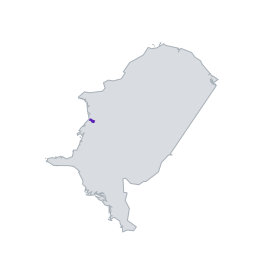 Newton, Texas, United States of America (highlighted), rotated 116°
{"feature_id": "52423323B15615503962810", "entity_name": "Newton", "entity_type": "district", "adm_level": 2, "iso_a3": "USA", "parent_name": "United States of America", "parent_adm1": "Texas", "projection": "orthographic", "projection_center": [-93.622, 30.715], "detail": "fine", "context": "in_parent", "style": "filled", "palette": "violet", "viewbox_px": 256, "rotation_deg": 116, "n_neighbors": 0, "source": "geoboundaries", "source_scale": "gbopen_adm2", "svg_char_len": 4155}
<svg xmlns="http://www.w3.org/2000/svg" viewBox="0 0 256 256"><g transform="rotate(116 128 128)"><path d="M199.7,91.5L211.3,88.0L213.2,77.2L217.9,77.9L219.9,83.8L223.7,87.2L219.7,89.7L219.8,90.8L218.7,89.6L218.3,92.3L215.2,94.7L214.4,101.2L217.1,103.4L218.4,102.8L217.8,101.7L218.3,102.1L218.8,103.4L215.1,105.1L214.0,103.9L214.0,105.8L209.5,107.2L206.5,110.3L206.6,108.8L206.1,108.0L205.8,111.5L206.9,111.9L207.2,114.7L205.5,118.8L202.5,117.0L203.6,114.4L202.2,116.3L203.3,118.7L204.7,120.0L205.2,121.6L203.2,128.0L203.4,124.1L200.4,121.0L201.3,117.1L199.1,118.6L200.9,123.9L198.3,122.6L197.5,122.9L197.9,121.1L197.8,120.6L197.2,122.0L197.4,123.2L201.4,124.7L200.7,125.8L198.8,124.2L198.1,123.9L200.5,125.9L201.5,126.2L201.2,127.7L199.9,126.8L202.0,128.6L201.6,129.0L200.6,128.0L198.3,127.9L201.4,129.5L203.1,129.1L205.8,133.9L203.6,130.3L204.5,132.7L201.1,132.7L203.9,134.8L204.9,133.9L203.8,136.4L200.5,136.1L202.6,137.0L201.1,138.4L203.3,139.0L199.7,140.0L198.4,144.0L195.1,145.5L189.3,153.1L188.3,152.4L186.5,158.9L186.4,160.4L188.0,165.1L194.3,178.5L193.3,186.1L190.7,186.8L187.8,183.1L187.1,179.9L183.1,176.4L184.2,174.6L182.4,174.9L182.8,169.9L178.1,165.4L171.6,167.1L170.3,164.3L163.8,164.5L164.6,163.4L163.5,164.5L160.6,165.2L160.4,163.0L160.0,164.6L151.1,165.4L154.9,166.3L153.7,168.4L156.7,170.2L155.2,171.3L151.9,168.8L151.7,170.9L147.3,170.1L144.8,167.6L143.3,168.9L136.8,167.0L133.0,169.7L134.0,169.0L132.0,168.2L130.9,171.7L126.9,173.9L127.8,173.2L125.2,172.8L126.1,174.0L123.0,175.4L121.7,179.2L120.3,178.5L121.5,179.6L121.6,183.2L122.8,185.3L121.8,186.1L114.6,183.0L113.1,177.8L106.0,167.0L102.1,166.1L98.1,169.9L93.7,166.8L92.1,161.8L86.7,155.6L79.8,154.7L79.5,156.8L68.5,155.2L55.8,146.3L46.8,145.2L46.3,141.5L43.4,137.3L36.6,132.8L37.2,130.4L34.2,117.7L34.7,116.6L35.5,118.4L35.4,115.8L38.1,116.3L33.2,115.3L32.3,103.9L35.0,98.8L35.8,92.4L38.4,88.9L43.1,78.1L45.2,79.0L43.0,77.8L44.8,75.0L44.0,74.8L45.0,68.3L49.8,70.9L47.5,73.8L50.1,72.0L48.9,74.6L47.4,74.9L48.3,75.3L49.7,74.5L51.1,71.8L51.2,67.2L132.9,78.7L133.0,77.0L134.6,79.8L144.3,82.8L154.1,81.4L168.3,88.4L169.1,90.5L174.2,93.4L176.7,101.3L174.1,108.2L176.0,110.2L187.7,103.6L186.7,100.6L187.7,100.0L194.3,98.8L199.7,91.5ZM211.2,108.3L213.1,107.5L206.5,110.8L211.8,107.4L211.2,108.3ZM50.6,69.9L50.7,71.8L50.5,72.1L50.0,70.5L50.6,69.9ZM122.7,184.7L121.8,181.6L121.9,179.8L122.0,181.7L122.7,184.7ZM220.2,89.8L220.5,90.7L220.1,90.6L220.2,89.8ZM144.9,168.5L145.1,169.2L144.3,168.7L144.9,168.5ZM38.7,136.4L39.7,136.2L39.7,136.3L38.7,136.4ZM37.9,135.9L37.4,136.3L37.2,135.8L37.9,135.9ZM216.9,104.9L216.5,105.6L216.3,105.4L216.9,104.9ZM122.5,178.2L121.9,179.6L123.4,176.9L122.5,178.2ZM192.4,174.0L193.6,176.7L192.2,173.8L192.4,174.0ZM42.6,139.7L42.8,140.5L42.6,139.8L42.6,139.7ZM193.8,186.4L193.0,187.4L194.2,185.4L193.8,186.4ZM206.3,135.6L205.7,136.8L205.9,134.1L206.3,135.6ZM50.4,68.3L50.3,68.8L50.1,68.5L50.4,68.3ZM126.1,174.6L124.7,175.2L126.2,174.4L126.1,174.6ZM218.8,104.7L219.0,105.4L218.4,105.4L218.8,104.7ZM42.1,141.8L42.2,142.7L42.0,141.8L42.1,141.8ZM124.3,175.7L123.7,176.0L124.2,175.5L124.3,175.7ZM205.1,122.8L204.5,124.3L205.1,122.2L205.1,122.8ZM132.6,170.4L131.6,170.9L133.0,170.0L132.6,170.4ZM186.7,159.6L186.7,160.8L186.5,160.0L186.7,159.6ZM203.6,139.1L203.3,139.4L204.0,138.4L203.6,139.1ZM174.0,166.7L172.9,167.4L172.5,167.3L174.0,166.7ZM160.1,165.0L159.9,165.2L159.3,165.2L160.1,165.0ZM185.9,180.1L186.1,180.9L185.7,180.0L185.9,180.1ZM157.3,166.8L157.2,167.5L157.1,166.2L157.3,166.8ZM191.4,188.7L190.8,188.8L191.6,188.5L191.4,188.7ZM207.1,115.3L206.9,116.0L207.1,114.9L207.1,115.3ZM205.1,137.1L204.8,137.4L204.7,137.4L205.1,137.1Z" fill="#d9dde1" stroke="#a8b0b8" stroke-width="1"/><path d="M138.0,162.8L137.9,162.7L138.0,162.6L138.1,162.4L137.9,162.3L137.9,162.2L138.0,162.1L138.1,161.9L138.0,161.7L138.0,161.4L137.9,161.3L136.5,161.4L136.7,162.4L136.6,165.7L137.4,165.7L137.2,165.4L137.1,165.2L137.3,164.9L137.4,164.7L137.3,164.4L137.2,164.4L137.3,164.3L137.3,164.2L137.5,164.0L137.4,164.0L137.4,163.9L137.5,163.8L137.6,163.7L137.7,163.4L137.8,163.3L137.8,163.2L138.0,163.0L138.0,162.9L138.0,162.8Z" fill="#8b5cf6" stroke="#5b21b6" stroke-width="1.5"/></g></svg>